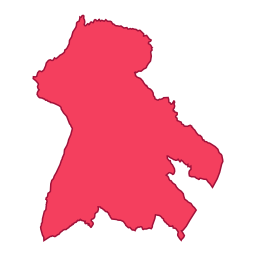 Moniquira, Boyacá, Colombia (Robinson projection)
{"feature_id": "7082276B18145411913981", "entity_name": "Moniquira", "entity_type": "district", "adm_level": 2, "iso_a3": "COL", "parent_name": "Colombia", "parent_adm1": "Boyacá", "projection": "robinson", "projection_center": [-73.547, 5.87], "detail": "fine", "context": "isolated", "style": "filled", "palette": "rose", "viewbox_px": 256, "rotation_deg": 0, "n_neighbors": 0, "source": "geoboundaries", "source_scale": "gbopen_adm2", "svg_char_len": 5764}
<svg xmlns="http://www.w3.org/2000/svg" viewBox="0 0 256 256"><path d="M181.2,240.3L181.5,239.6L183.6,237.4L184.4,235.6L182.5,232.3L181.4,230.9L183.0,230.2L186.3,226.2L190.0,219.8L196.2,210.1L194.4,207.6L192.7,206.1L191.0,203.5L188.1,202.0L186.9,200.7L184.7,199.2L183.7,196.0L183.3,193.8L181.4,191.4L178.4,189.3L176.4,187.0L175.3,184.8L172.5,182.8L171.1,180.8L169.8,180.4L169.1,179.3L168.4,177.2L167.7,176.2L166.2,175.1L168.9,172.8L169.6,172.6L171.7,173.5L172.7,174.4L173.1,174.3L173.6,174.0L174.2,173.0L174.7,171.2L174.4,168.7L172.3,164.7L171.6,164.2L170.7,162.8L170.2,160.7L169.2,160.7L167.4,158.6L167.2,156.1L168.1,156.1L170.1,157.6L172.6,158.8L173.5,159.6L174.5,159.7L175.5,160.3L177.0,160.2L178.1,159.2L180.0,161.8L180.5,161.6L180.7,160.7L181.2,160.1L183.1,161.5L183.7,162.6L186.0,164.6L187.1,164.8L187.8,164.4L187.9,166.6L188.9,166.4L189.7,166.9L190.8,166.1L191.0,169.2L189.5,170.8L189.1,171.8L189.0,173.7L189.4,175.9L191.7,176.8L193.2,176.7L195.0,177.0L196.5,178.3L197.6,178.6L198.6,179.4L199.2,179.3L199.7,178.4L200.6,178.3L203.9,179.2L206.4,179.4L208.1,181.9L210.0,183.8L212.5,187.4L217.2,178.8L219.7,172.2L221.7,163.9L222.8,161.6L222.7,159.8L221.8,155.4L221.1,154.3L220.5,154.0L219.0,152.5L217.9,149.3L215.1,146.6L210.4,143.6L209.2,143.0L208.2,143.0L206.6,141.8L204.5,141.4L203.8,139.9L202.7,139.9L201.7,137.0L200.0,135.4L198.8,135.3L198.2,134.9L196.5,132.9L194.7,130.0L193.2,128.7L192.7,127.8L191.8,127.2L191.8,126.3L190.3,125.3L189.4,125.5L187.7,126.3L184.3,126.2L183.4,124.7L181.7,124.0L181.2,122.2L177.2,120.5L177.0,118.1L176.0,117.5L175.6,116.7L176.1,115.6L177.2,114.7L177.2,112.9L176.7,112.6L174.9,112.1L174.4,111.0L173.4,111.0L173.2,110.2L173.4,109.0L173.9,108.6L174.6,106.6L174.6,105.7L174.0,103.9L174.6,102.5L174.4,101.2L173.8,101.0L172.4,103.4L171.5,104.2L171.0,104.2L170.1,102.8L169.3,102.5L168.8,101.9L168.7,99.6L168.1,97.5L163.7,97.7L162.5,98.7L160.5,99.4L159.4,99.2L158.2,100.1L157.3,100.0L154.8,98.7L154.8,97.3L153.7,96.1L153.3,94.7L153.1,92.9L151.9,90.7L150.3,89.1L148.2,88.2L147.4,87.1L146.8,85.8L146.6,85.5L146.1,85.8L145.0,84.6L143.3,82.2L143.0,81.3L140.5,78.5L137.0,77.1L136.1,76.0L135.5,75.8L135.4,74.2L134.7,72.5L135.5,72.1L136.5,72.6L138.7,71.1L141.1,71.2L143.8,69.0L145.7,68.1L146.4,67.5L146.6,66.5L148.3,63.7L150.5,61.0L151.3,56.2L150.7,52.3L150.9,51.3L152.1,50.0L151.6,48.8L151.6,48.3L152.2,47.7L151.6,47.3L151.5,46.5L150.7,45.3L149.9,44.4L148.5,43.7L148.4,43.1L148.7,42.1L150.6,41.2L151.1,40.2L151.0,39.8L149.3,39.1L146.6,35.4L143.6,36.0L143.7,33.9L140.1,30.4L139.4,30.3L138.0,30.8L136.0,29.4L134.1,29.2L132.6,28.6L131.7,29.1L130.1,28.5L129.1,29.0L128.0,29.1L126.9,27.6L123.9,28.0L121.0,26.0L119.3,26.3L117.8,25.9L116.1,25.8L115.0,25.3L113.6,24.0L112.7,24.0L111.4,21.8L110.4,21.3L107.5,21.3L105.8,19.7L104.5,21.1L103.9,21.1L101.8,20.3L100.4,21.1L100.0,20.8L99.3,19.4L98.7,19.6L98.3,20.6L96.8,20.9L95.8,19.8L95.1,19.6L94.3,20.2L93.3,22.6L92.6,22.6L91.5,22.0L90.8,22.1L90.2,22.8L89.3,24.5L88.6,24.6L88.3,23.9L87.7,23.7L85.7,25.7L85.0,25.7L84.2,24.7L84.8,22.0L84.4,19.8L83.7,18.4L83.9,16.0L83.2,15.4L82.2,15.6L81.0,17.3L80.5,17.4L79.9,17.0L79.7,19.1L79.0,21.2L77.5,21.9L76.6,23.0L76.4,25.6L75.8,27.5L72.9,32.0L71.6,36.9L69.5,40.3L69.2,43.8L67.1,48.0L66.0,49.3L64.9,49.9L64.4,52.3L62.3,54.0L59.6,55.5L59.1,56.2L56.3,58.6L55.4,58.5L54.5,57.9L53.4,59.8L52.7,60.4L51.5,60.4L50.3,59.8L48.9,60.2L48.1,60.8L46.3,63.0L45.6,65.9L43.8,70.0L41.9,71.6L41.4,71.6L39.8,71.0L39.1,71.1L37.7,72.8L36.7,76.3L35.5,76.9L33.4,76.7L33.2,78.6L35.9,80.8L38.2,83.5L38.4,84.2L37.5,86.8L38.2,88.8L39.1,89.8L38.2,90.9L37.4,92.5L37.1,94.5L37.9,95.5L38.1,96.3L39.4,97.6L42.8,98.2L43.3,98.8L44.4,98.9L45.6,100.2L46.9,100.2L48.1,101.3L50.1,101.8L50.4,102.5L52.1,102.7L53.8,103.2L58.6,105.4L60.2,106.4L61.1,107.5L61.2,108.9L63.6,112.9L66.7,116.3L69.6,123.8L70.6,124.9L71.1,126.3L72.3,128.3L72.2,129.3L70.8,134.7L68.6,139.8L68.1,142.1L67.0,145.3L64.5,149.7L64.1,153.9L62.3,158.0L62.3,158.7L61.3,160.7L60.1,164.5L56.4,172.4L54.2,176.2L53.5,178.5L51.8,180.4L50.8,183.9L50.4,191.3L49.4,192.4L48.0,193.3L47.6,196.3L47.0,197.4L46.3,197.7L46.0,198.9L45.9,199.3L46.7,199.7L47.1,201.8L46.6,202.5L46.6,203.6L46.2,204.5L46.4,205.7L46.2,206.5L45.9,209.5L45.2,210.7L44.4,211.2L42.5,218.9L42.3,222.5L41.5,223.4L41.4,225.3L40.6,227.1L40.9,229.3L42.5,235.0L43.8,237.4L43.9,240.6L50.4,236.4L51.4,236.4L52.3,235.8L54.9,236.6L56.9,235.4L57.4,234.7L58.8,234.4L60.4,232.3L62.0,231.2L62.6,230.5L64.1,229.6L66.1,229.5L67.2,228.5L68.8,227.6L69.6,226.3L70.1,226.3L71.6,225.3L72.0,224.7L72.3,224.7L72.4,224.2L73.2,224.3L73.6,223.5L74.8,222.6L76.2,222.2L76.7,221.2L77.6,220.9L77.8,220.3L79.2,220.5L80.1,219.5L80.4,220.1L81.3,220.0L81.7,220.5L83.8,220.9L84.5,221.6L85.2,221.4L84.9,222.9L85.4,223.6L87.1,223.3L89.0,223.8L89.1,224.4L88.2,224.9L89.5,225.6L90.5,226.9L90.9,227.3L91.2,227.2L93.1,224.3L93.2,223.5L92.9,222.5L91.2,220.7L91.3,219.8L91.7,219.3L93.3,218.7L94.0,218.1L94.7,216.9L94.9,214.0L96.2,212.5L97.6,211.8L98.5,209.0L98.1,206.8L98.4,206.8L100.5,207.1L101.0,208.1L102.5,208.5L103.4,209.7L104.3,210.0L105.2,211.2L105.9,211.6L107.2,211.7L107.4,212.3L108.7,213.3L108.9,214.6L109.9,215.8L110.2,216.8L111.8,219.0L116.5,219.5L118.0,220.1L120.7,220.3L123.4,221.5L125.4,224.2L125.8,225.3L128.4,227.7L130.0,227.5L132.2,230.0L133.5,230.0L135.1,230.6L135.2,230.1L135.7,229.6L136.0,228.4L137.1,227.9L137.8,227.2L139.7,227.1L140.5,226.7L141.4,226.8L142.0,227.3L142.7,229.2L143.2,229.5L144.2,229.0L146.4,229.0L149.2,228.0L151.3,228.7L152.3,227.0L152.4,225.4L154.8,218.6L155.5,214.8L159.5,215.5L161.1,216.6L162.2,218.1L163.4,218.7L163.6,220.0L164.9,221.9L165.7,222.2L166.7,223.6L168.6,224.9L169.2,226.2L171.8,226.3L172.5,225.9L172.9,226.2L173.2,228.0L175.4,228.3L176.2,229.0L178.3,232.0L177.7,234.5L177.8,235.6L179.7,238.6L181.2,240.3Z" fill="#f43f5e" stroke="#9f1239" stroke-width="1.5"/></svg>